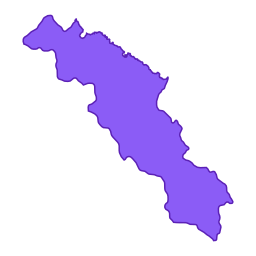 San Felipe de Puerto Plata, Puerto Plata, Dominican Republic (Robinson projection)
{"feature_id": "3306468B57439307714728", "entity_name": "San Felipe de Puerto Plata", "entity_type": "district", "adm_level": 2, "iso_a3": "DOM", "parent_name": "Dominican Republic", "parent_adm1": "Puerto Plata", "projection": "robinson", "projection_center": [-70.701, 19.686], "detail": "fine", "context": "isolated", "style": "filled", "palette": "violet", "viewbox_px": 256, "rotation_deg": 0, "n_neighbors": 0, "source": "geoboundaries", "source_scale": "gbopen_adm2", "svg_char_len": 5592}
<svg xmlns="http://www.w3.org/2000/svg" viewBox="0 0 256 256"><path d="M229.8,203.4L231.3,203.4L232.2,203.2L232.7,202.6L232.8,201.5L231.3,198.8L230.2,197.3L229.2,194.4L227.0,191.9L226.7,190.7L226.6,187.6L226.2,185.8L224.8,184.1L223.1,183.2L217.8,179.2L217.0,177.8L216.3,174.6L214.7,171.8L214.1,171.5L213.1,171.4L210.7,172.2L209.8,172.0L208.9,171.0L207.7,168.8L206.3,167.5L200.3,167.7L197.4,167.3L193.9,165.3L191.9,162.8L189.9,161.4L188.6,160.7L185.7,160.0L183.1,158.2L182.7,156.7L183.1,154.8L183.8,154.0L185.3,152.7L186.5,150.4L188.5,149.4L188.8,148.4L188.6,147.7L187.9,146.9L185.9,145.6L185.1,144.9L183.5,142.2L181.7,140.6L181.2,139.7L180.6,137.5L179.8,135.8L179.7,134.6L179.9,133.4L181.9,129.1L182.0,128.4L181.6,127.4L180.5,126.0L178.4,124.2L177.5,121.5L176.7,120.5L176.1,120.3L175.5,120.5L174.1,122.4L173.6,122.8L172.6,122.9L172.0,122.6L171.5,122.1L171.0,118.9L170.5,118.0L163.7,111.3L162.5,110.8L159.7,110.4L158.7,109.9L157.0,107.1L156.6,105.0L156.6,101.2L158.6,94.6L159.4,93.4L160.9,92.1L162.1,89.8L163.9,88.8L164.4,88.3L165.3,85.4L167.1,81.6L168.0,78.8L168.0,76.7L167.8,77.1L167.8,77.6L167.5,77.6L167.2,78.1L166.7,78.3L166.7,78.7L166.8,78.7L166.7,79.0L163.3,79.5L162.7,78.7L162.0,78.7L161.8,78.0L160.6,77.8L160.6,77.6L160.2,77.6L160.0,77.3L159.7,77.3L159.5,76.4L159.4,76.4L159.4,75.0L159.5,75.0L159.7,74.1L158.6,72.9L158.0,72.5L157.3,72.5L156.7,73.6L154.8,73.6L154.8,73.4L152.9,73.2L152.6,72.5L152.3,72.5L152.0,72.0L151.5,71.8L151.3,71.1L150.4,70.3L150.3,69.7L149.8,69.7L148.9,69.0L148.8,67.5L147.7,65.9L147.4,65.9L146.8,65.2L146.5,65.2L146.2,64.8L145.6,64.8L145.6,64.7L144.5,64.7L144.2,65.0L143.7,64.8L142.7,63.6L142.7,62.6L142.2,62.0L140.9,61.9L140.2,61.2L139.0,60.8L138.7,60.1L137.8,60.3L137.5,59.8L137.5,59.2L137.2,59.1L136.7,59.1L136.7,58.9L135.8,59.1L135.5,58.7L135.2,58.9L134.3,57.8L134.3,57.3L133.7,57.1L133.4,56.6L132.2,56.8L131.7,56.3L131.4,56.3L131.4,55.9L130.4,55.6L130.4,55.2L130.2,55.2L130.4,54.2L130.1,54.0L130.1,53.6L129.0,53.6L128.7,53.1L127.9,53.1L127.8,53.4L127.9,54.3L126.3,55.0L127.0,55.9L126.6,56.8L126.3,56.8L126.1,57.1L125.7,57.1L125.7,56.3L125.8,56.3L126.0,55.2L125.5,54.9L125.0,54.9L125.0,57.0L124.4,57.0L123.7,56.1L122.9,55.7L122.9,55.4L122.6,55.2L122.6,54.7L122.6,53.6L123.2,52.9L124.1,52.9L124.4,52.0L123.8,51.3L123.2,51.2L121.5,49.1L120.9,48.7L120.8,48.0L119.9,46.8L118.1,47.0L117.4,46.4L117.4,46.1L116.5,45.9L116.2,45.6L114.4,45.2L114.1,44.7L113.2,44.3L113.0,44.0L113.2,42.9L112.9,42.4L112.4,42.4L112.0,42.9L111.8,43.6L110.9,43.6L110.6,43.3L109.8,43.1L109.7,42.9L109.8,41.5L109.5,41.2L109.7,39.6L109.2,39.1L107.1,39.3L106.7,38.7L106.7,38.4L106.8,38.0L107.1,38.0L107.3,37.3L106.8,36.8L105.9,36.8L105.3,37.2L105.0,36.8L105.3,35.4L104.5,35.2L104.2,35.8L103.2,35.4L102.6,34.7L102.6,34.4L102.2,34.4L102.1,33.1L101.9,33.0L101.2,33.1L101.2,32.8L100.6,32.3L100.0,32.3L99.7,31.9L98.8,31.9L98.4,32.4L97.2,32.4L96.8,33.1L96.5,33.1L96.0,32.4L94.5,32.3L94.3,33.3L94.0,33.3L94.0,33.5L93.4,33.1L92.8,33.3L92.8,33.7L92.5,34.0L91.2,34.2L90.7,34.7L90.1,34.7L89.3,34.2L87.5,34.0L87.4,33.7L86.6,33.3L86.4,34.9L86.0,35.1L85.4,35.8L85.2,36.5L84.2,37.7L83.1,37.9L82.8,38.4L81.1,37.9L80.1,36.5L79.8,36.5L79.6,35.2L80.1,34.7L80.1,34.4L80.4,34.2L80.4,33.8L81.3,32.8L82.0,32.4L82.5,31.7L82.8,31.7L82.8,31.2L82.8,30.7L83.1,30.2L83.1,29.6L82.3,28.8L81.9,28.6L81.9,28.2L80.8,27.2L80.8,26.8L79.9,26.3L79.5,25.1L78.8,24.7L78.7,24.0L78.5,23.0L78.2,22.6L77.9,21.6L76.4,20.9L76.3,19.1L76.0,19.1L75.8,19.7L75.1,20.2L76.0,20.8L73.2,23.4L71.5,26.4L70.8,27.3L68.6,28.7L66.1,30.9L65.1,31.3L64.3,31.3L63.7,31.0L62.9,30.3L61.7,27.9L61.0,27.0L57.9,24.9L54.2,20.9L53.1,19.2L52.4,16.6L52.0,16.0L51.5,15.6L50.4,15.4L47.7,15.7L44.5,17.5L43.7,18.2L42.0,21.3L38.8,25.2L37.4,28.0L36.7,28.8L31.2,31.9L27.3,35.5L24.7,37.1L23.7,38.2L23.3,39.3L23.2,41.5L24.0,44.2L25.1,44.4L28.0,45.9L31.5,48.7L33.1,49.1L35.7,49.1L37.1,48.8L38.5,47.7L39.5,47.6L40.7,48.0L42.6,50.3L44.1,50.9L47.9,50.9L49.1,50.6L50.6,49.8L52.0,49.6L53.1,50.0L54.6,51.5L55.5,53.0L56.1,57.6L56.9,60.1L56.9,61.6L56.0,64.0L55.9,65.7L56.1,66.9L57.2,69.9L57.4,76.7L57.9,77.9L58.9,79.0L62.1,80.0L64.4,81.1L67.8,81.4L70.2,81.0L73.4,78.4L74.5,78.0L75.5,78.0L76.5,78.4L78.4,80.8L81.8,83.2L83.4,85.0L87.6,83.4L89.3,83.2L92.6,83.4L94.1,84.6L94.7,86.2L94.9,92.5L95.2,93.8L96.3,96.8L96.4,99.5L95.7,100.9L92.4,103.6L91.4,104.2L89.4,104.8L88.6,105.5L88.2,107.1L88.4,111.0L91.4,112.1L94.7,113.8L96.6,115.5L97.3,116.5L97.8,117.7L98.2,121.5L98.5,122.7L99.9,124.6L101.8,126.6L103.4,127.6L108.0,128.0L109.2,128.7L110.6,131.2L111.3,134.4L111.8,135.6L113.1,137.3L117.5,142.0L118.7,143.7L119.2,145.8L119.2,150.6L119.5,152.7L121.3,156.7L124.1,160.0L125.2,159.4L126.3,157.7L127.4,156.8L128.9,156.5L130.5,156.8L132.4,158.4L136.1,162.7L139.0,168.8L140.2,170.2L141.3,170.6L145.0,171.3L147.9,173.5L149.0,174.1L154.4,174.7L157.2,175.9L160.4,176.5L161.3,177.1L164.4,181.8L164.7,183.5L164.8,188.1L165.0,189.9L165.5,191.1L167.4,193.9L168.0,196.0L168.1,199.2L167.9,201.4L167.4,202.5L165.9,203.7L165.1,204.9L164.8,206.1L164.9,207.7L165.9,209.3L168.1,210.6L169.1,211.8L169.6,213.4L169.7,217.0L170.0,218.2L172.3,220.5L173.6,222.3L177.2,222.6L185.9,222.7L187.4,223.1L190.1,224.3L195.1,224.5L196.2,224.7L197.0,225.4L197.7,227.8L198.8,229.3L204.0,232.3L206.9,234.7L209.2,236.1L212.8,239.1L213.6,240.6L215.7,240.4L216.3,240.0L216.6,239.4L216.9,236.0L217.2,234.5L217.7,234.0L219.3,233.2L219.7,232.6L220.9,227.2L220.7,225.8L219.3,223.5L218.9,222.4L218.9,221.2L219.7,219.2L219.9,217.6L219.7,215.9L218.8,213.8L218.5,212.1L218.4,208.8L218.7,207.1L219.4,206.1L220.3,205.5L224.1,204.7L225.8,202.7L226.7,202.1L228.1,202.1L229.8,203.4Z" fill="#8b5cf6" stroke="#5b21b6" stroke-width="1.5"/></svg>